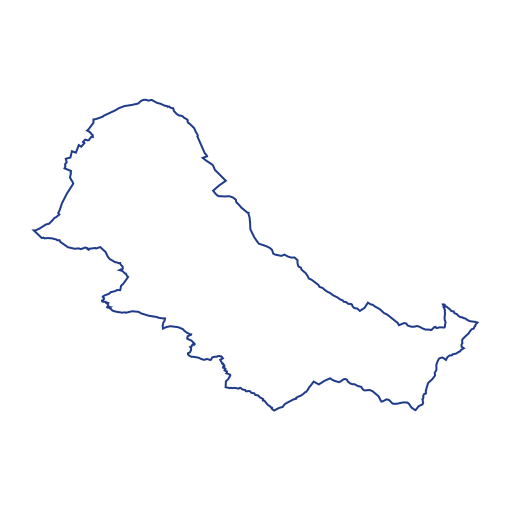 Stremt, Alba, Romania (Equal Earth projection), rotated 181°
{"feature_id": "2599482B49983033782323", "entity_name": "Stremt", "entity_type": "district", "adm_level": 2, "iso_a3": "ROU", "parent_name": "Romania", "parent_adm1": "Alba", "projection": "equal_earth", "projection_center": [23.586, 46.252], "detail": "fine", "context": "isolated", "style": "outline", "palette": "blue", "viewbox_px": 512, "rotation_deg": 181, "n_neighbors": 0, "source": "geoboundaries", "source_scale": "gbopen_adm2", "svg_char_len": 6069}
<svg xmlns="http://www.w3.org/2000/svg" viewBox="0 0 512 512"><g transform="rotate(181 256 256)"><path d="M478.6,277.7L470.5,270.2L468.7,270.7L467.6,269.9L465.1,270.3L460.4,270.1L455.6,268.9L455.0,268.2L452.7,268.4L451.9,266.7L444.2,261.5L437.6,260.1L433.3,260.5L431.3,259.8L426.8,261.5L424.8,260.9L424.7,260.0L423.4,259.3L423.0,260.3L416.8,261.2L416.1,260.7L411.9,262.2L406.5,257.4L404.2,252.8L402.3,250.5L396.6,247.3L394.9,247.2L393.4,246.5L391.7,246.6L391.4,245.4L389.1,242.9L389.0,241.0L392.2,239.5L389.3,238.7L386.8,236.3L385.7,236.1L384.8,234.0L383.5,232.8L388.3,225.8L390.3,224.0L391.2,219.5L394.4,219.5L396.3,218.4L400.6,217.3L402.4,215.6L406.1,214.2L408.5,212.8L408.5,212.2L407.2,211.1L407.4,210.0L408.1,209.2L409.2,208.8L409.1,208.1L408.2,207.6L405.4,207.5L405.0,206.5L404.1,206.8L402.9,206.4L403.6,205.4L402.8,204.2L404.0,202.2L403.0,201.7L401.6,202.4L400.9,202.3L401.4,202.0L401.1,201.0L400.2,200.7L399.1,199.3L397.6,198.5L394.0,197.7L388.7,197.0L386.0,197.4L385.1,197.0L378.9,198.6L372.4,198.1L370.1,196.7L362.2,194.4L353.7,193.2L353.0,192.7L348.5,192.0L345.9,192.0L346.2,189.8L347.4,188.0L348.1,184.8L347.7,181.8L344.1,183.5L340.2,184.3L332.7,183.5L327.8,181.6L326.4,180.0L323.2,177.7L321.7,177.3L320.8,176.5L319.5,176.5L319.6,176.1L323.0,174.5L323.4,172.2L319.0,170.2L316.1,167.4L316.3,167.2L315.9,166.6L316.2,166.3L316.4,166.7L316.9,166.4L317.3,166.9L318.7,165.3L318.7,164.5L320.2,163.8L319.4,162.8L319.2,161.0L320.4,158.5L322.3,157.6L322.3,156.6L321.6,155.6L318.8,154.1L316.5,154.1L311.6,153.3L308.8,152.0L306.7,151.4L305.4,151.4L303.4,152.2L299.6,151.2L299.1,151.7L298.1,153.7L296.0,154.5L293.2,154.6L292.5,155.2L291.0,155.4L289.9,155.0L289.0,155.1L287.3,153.1L290.0,151.6L287.7,147.6L287.1,147.9L285.6,145.6L285.9,145.2L285.8,144.5L286.9,144.7L286.9,143.7L285.8,143.6L284.5,142.5L285.6,141.2L285.4,140.9L283.0,140.1L283.2,138.5L283.5,138.2L279.8,136.9L279.6,136.1L281.7,132.3L283.9,130.2L284.1,124.3L279.8,123.4L278.9,123.8L277.6,123.4L275.2,123.8L271.0,123.1L270.0,123.9L269.2,123.9L267.4,122.4L264.5,121.8L264.0,120.9L263.4,120.5L260.4,120.9L259.7,120.7L258.2,119.1L255.4,118.7L254.2,117.0L251.5,116.7L249.9,114.9L246.4,113.1L246.7,112.0L246.5,111.6L245.0,111.4L241.6,107.3L239.2,105.9L238.4,104.8L237.6,104.8L237.3,104.5L237.4,103.4L235.2,101.8L230.3,104.5L226.6,105.6L225.1,107.9L223.6,109.1L216.0,113.3L213.3,114.0L213.3,115.0L210.6,116.5L209.1,116.9L206.3,118.9L204.6,120.6L203.6,120.9L201.4,123.8L201.0,125.1L199.0,127.4L196.2,131.4L190.9,128.7L185.3,132.4L179.8,135.0L176.8,133.1L171.1,131.3L169.3,132.0L166.4,134.2L164.7,134.6L164.0,134.4L162.6,133.6L162.1,132.1L159.3,130.1L157.2,129.5L155.2,129.5L152.0,127.8L148.5,127.0L147.2,124.8L145.8,123.8L145.2,123.5L140.0,124.0L137.2,122.9L130.9,117.8L128.8,113.6L128.0,112.6L126.6,113.0L122.8,115.0L120.4,114.3L117.1,111.0L115.9,110.6L112.2,110.8L106.3,112.2L102.0,112.1L100.3,110.7L98.7,108.2L97.7,107.1L94.9,105.1L93.8,104.7L90.7,108.7L86.9,110.6L86.7,111.1L86.3,112.3L86.8,113.7L86.7,115.2L87.1,115.6L86.1,117.4L86.4,119.0L85.4,121.0L83.7,121.5L83.9,124.7L83.4,125.3L83.2,126.9L81.7,132.0L77.4,136.1L74.9,139.7L75.3,142.3L73.6,145.3L73.8,150.3L72.6,153.9L71.2,156.6L69.3,157.5L67.5,157.7L64.3,155.4L62.9,158.1L60.8,159.9L59.1,160.0L58.2,160.3L57.7,161.1L54.0,162.0L51.8,163.6L50.2,164.2L49.6,165.5L46.6,167.4L48.9,168.9L49.0,170.9L48.1,172.6L48.5,174.8L48.2,176.1L45.9,178.7L42.3,182.1L39.3,186.4L37.0,187.3L36.3,189.2L35.7,189.6L35.4,191.0L33.4,193.3L35.4,193.9L41.2,194.6L43.7,195.8L45.4,197.1L47.8,197.6L48.6,198.3L50.7,198.5L52.1,199.3L54.2,201.4L56.7,202.4L57.3,204.0L59.7,204.3L60.8,205.7L64.1,208.3L65.4,208.8L65.8,209.7L67.1,210.9L68.3,210.8L67.8,209.9L67.5,207.9L66.8,207.7L66.8,206.4L66.0,205.0L66.3,204.0L66.0,201.8L66.4,198.0L66.2,195.3L65.3,193.3L65.8,190.6L65.8,188.8L66.4,187.8L71.0,187.9L73.9,187.1L74.8,187.4L75.3,188.3L76.5,188.0L79.2,185.2L80.2,185.0L81.0,185.4L85.1,185.4L87.8,186.3L91.7,188.3L94.1,188.8L96.1,188.1L99.3,188.0L103.1,189.1L104.6,191.1L106.1,191.5L107.0,191.4L111.9,189.3L113.0,191.4L122.7,198.9L124.6,200.2L126.8,201.0L131.3,205.0L136.7,207.9L138.3,209.2L140.6,209.7L143.3,211.3L146.6,206.0L151.2,202.9L154.0,205.3L156.2,205.5L157.1,205.9L158.6,207.3L159.1,209.0L159.7,209.5L163.0,209.8L165.3,211.6L167.6,211.8L168.5,213.1L171.5,214.3L173.7,215.9L177.9,217.9L181.6,220.5L182.9,220.9L186.6,223.2L188.8,225.2L192.1,226.3L193.1,228.2L200.3,233.4L202.8,234.4L204.0,236.8L206.0,239.7L210.3,243.2L210.9,245.1L213.0,246.0L213.7,246.9L214.4,249.7L214.4,252.5L217.5,255.2L220.4,255.0L222.3,255.5L224.1,256.0L227.6,257.9L230.0,256.7L231.1,256.6L237.0,257.8L238.8,258.7L240.1,262.4L242.0,264.1L245.9,266.0L253.5,268.4L257.9,274.4L262.1,282.6L262.5,289.2L263.1,294.3L264.3,298.2L264.1,299.0L265.6,299.4L271.6,304.2L273.9,306.9L276.4,309.2L276.9,310.3L277.1,311.9L280.2,314.2L283.8,315.3L288.4,315.0L294.5,315.2L296.0,316.1L297.6,317.6L300.0,320.6L294.3,325.7L287.5,330.7L298.6,341.4L300.5,345.7L301.6,346.8L307.2,350.3L311.0,353.2L306.7,354.8L307.2,356.0L309.0,357.8L309.5,358.9L316.7,374.5L316.3,375.0L316.8,376.7L318.4,379.1L320.0,382.7L325.1,387.5L325.8,387.6L326.4,388.3L326.8,389.2L326.6,390.4L327.0,391.1L330.8,393.3L331.6,394.3L333.9,395.1L335.5,395.2L337.8,396.6L340.7,399.7L341.4,402.3L342.8,402.4L344.4,403.0L345.6,404.0L346.9,403.6L347.5,404.3L350.2,404.8L354.2,406.6L357.4,407.3L362.9,410.1L363.7,410.2L366.0,409.4L368.4,410.2L370.9,410.2L373.5,409.2L376.5,406.4L382.6,404.9L390.2,403.6L395.5,401.5L399.0,399.3L411.1,393.4L411.7,392.6L418.7,390.0L420.9,389.7L420.9,386.3L425.3,380.2L427.0,378.4L425.5,377.8L423.5,376.3L422.6,374.9L421.4,374.1L421.2,372.1L422.7,372.3L425.2,368.9L426.5,368.7L428.8,369.4L431.0,367.0L429.5,365.9L432.7,362.2L435.1,363.8L437.9,356.2L441.9,357.5L443.3,351.2L447.9,349.9L446.9,346.4L448.6,344.3L448.1,342.2L449.0,340.3L442.4,337.8L442.8,336.1L442.5,335.4L443.4,331.1L442.6,330.1L442.1,328.8L441.1,327.7L440.0,325.1L446.1,315.2L450.9,305.4L453.2,298.2L454.5,295.5L453.3,294.1L456.6,291.3L458.3,290.5L459.7,288.6L463.5,284.6L466.5,283.9L472.4,280.0L476.7,277.8L478.6,277.7Z" fill="none" stroke="#1e3a8a" stroke-width="2"/></g></svg>